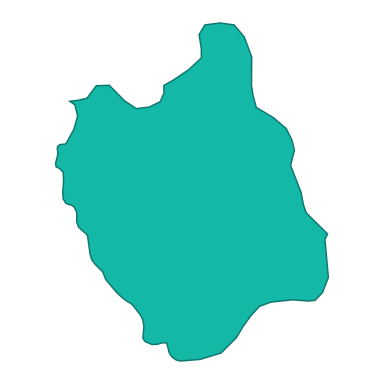 the Province of Ganzourgou
{"feature_id": "BFA-2828", "entity_name": "Ganzourgou", "entity_type": "Province", "adm_level": 1, "iso_a3": "BFA", "parent_name": "Burkina Faso", "parent_adm1": "", "projection": "albers", "projection_center": [-0.846, 12.259], "detail": "fine", "context": "isolated", "style": "filled", "palette": "teal", "viewbox_px": 384, "rotation_deg": 0, "n_neighbors": 0, "source": "natural_earth", "source_scale": "10m", "svg_char_len": 1322}
<svg xmlns="http://www.w3.org/2000/svg" viewBox="0 0 384 384"><path d="M252.6,92.7L253.0,95.1L256.2,107.4L273.0,117.4L286.2,128.5L292.0,140.2L294.4,150.2L290.6,165.6L301.1,192.5L303.3,204.3L306.2,212.9L327.6,234.0L324.9,239.4L328.4,277.4L322.4,292.7L314.9,300.5L311.4,300.7L308.1,301.0L292.6,299.8L270.8,302.1L259.5,306.4L251.0,315.5L243.1,326.4L236.4,337.7L221.0,353.0L200.2,359.4L180.2,361.0L176.0,359.9L172.2,357.1L169.4,353.2L166.7,343.1L162.7,342.7L157.5,344.3L151.9,344.5L145.1,341.6L142.9,338.1L143.9,326.6L143.0,320.4L140.9,315.7L132.6,304.9L130.1,303.0L127.1,301.3L122.2,297.7L116.9,292.7L105.8,279.6L102.7,271.8L95.6,264.8L92.3,260.6L91.3,258.3L90.0,253.8L87.6,235.7L85.9,233.5L82.1,230.5L78.4,226.8L76.7,222.0L76.8,213.5L76.0,210.5L74.0,206.9L71.6,205.2L68.6,204.5L65.6,203.0L63.1,198.7L62.8,191.4L62.9,190.3L63.6,181.3L63.2,172.2L59.2,168.3L56.1,166.8L55.6,163.1L57.7,154.8L57.8,152.9L57.3,148.2L57.7,146.4L59.7,144.7L62.3,144.3L64.6,144.2L66.0,143.6L73.9,129.3L77.6,116.0L74.9,104.8L69.8,101.3L79.1,100.1L87.0,98.2L96.3,85.7L109.3,85.3L124.5,100.8L136.3,108.6L149.1,107.1L160.2,101.7L164.0,92.9L163.9,85.4L173.3,80.1L188.7,69.7L201.4,57.9L201.3,48.5L199.1,34.6L204.9,24.9L220.0,23.0L229.5,24.3L234.1,24.9L244.2,36.9L251.7,56.9L251.5,85.7L252.6,92.7Z" fill="#14b8a6" stroke="#0f766e" stroke-width="1.5"/></svg>